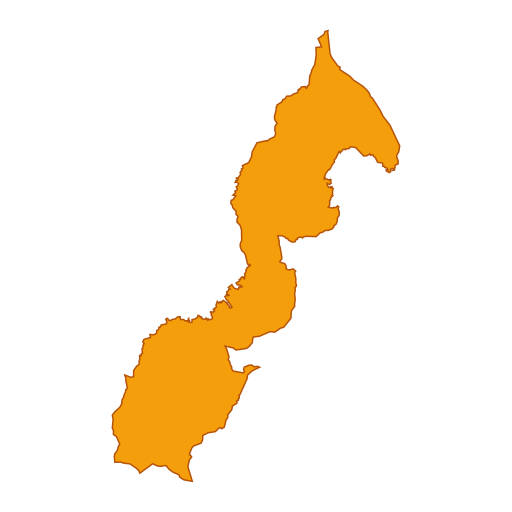 outline of Cisnadie, Sibiu, Romania
{"feature_id": "2599482B29691354354031", "entity_name": "Cisnadie", "entity_type": "district", "adm_level": 2, "iso_a3": "ROU", "parent_name": "Romania", "parent_adm1": "Sibiu", "projection": "orthographic", "projection_center": [24.09, 45.647], "detail": "fine", "context": "isolated", "style": "filled", "palette": "amber", "viewbox_px": 512, "rotation_deg": 0, "n_neighbors": 0, "source": "geoboundaries", "source_scale": "gbopen_adm2", "svg_char_len": 6090}
<svg xmlns="http://www.w3.org/2000/svg" viewBox="0 0 512 512"><path d="M150.5,337.6L145.2,338.9L143.7,339.8L142.8,342.0L144.1,343.6L143.0,345.4L143.0,347.7L142.1,348.7L142.4,353.4L141.1,354.0L141.2,355.7L139.6,355.5L139.8,358.8L139.1,361.3L139.1,364.4L136.6,366.2L133.6,370.7L133.6,376.7L130.7,377.3L124.8,375.0L126.0,378.8L125.8,380.5L127.4,388.1L125.7,389.9L125.5,392.0L124.1,394.8L123.6,397.4L122.0,399.8L121.8,403.5L119.9,407.2L115.0,411.6L112.3,415.1L113.1,419.4L112.3,428.1L113.5,430.5L113.4,434.4L116.4,436.5L119.7,444.0L118.3,446.6L117.4,450.3L114.8,453.8L114.3,456.4L114.8,462.2L121.0,462.1L123.4,463.1L130.1,463.9L136.8,468.6L139.0,471.0L139.8,473.2L152.8,463.7L156.7,465.7L159.9,466.4L165.9,465.5L169.4,469.6L173.1,472.2L179.0,474.8L179.7,477.1L183.8,479.8L192.3,481.3L187.9,466.7L189.3,460.0L191.7,457.0L190.4,455.1L189.7,455.0L189.5,453.7L192.0,447.6L193.8,445.9L201.0,443.2L202.6,440.1L202.8,435.5L208.0,432.8L215.4,431.6L219.5,427.6L221.9,428.7L224.3,427.1L226.2,419.6L227.7,417.8L227.8,414.7L231.7,409.8L232.5,406.0L236.6,403.5L237.0,402.9L236.6,401.0L238.3,400.3L238.1,399.1L239.0,398.6L239.4,396.3L238.8,395.4L240.0,394.5L247.0,378.9L247.6,375.0L252.4,370.7L259.6,367.2L257.5,366.4L254.1,366.7L251.6,365.0L248.7,365.3L244.2,367.2L243.5,369.6L244.5,371.4L243.6,372.9L233.2,371.1L231.6,368.8L231.7,367.0L230.1,364.1L229.7,361.6L228.2,359.5L229.0,356.7L226.7,349.2L225.1,346.1L233.2,347.9L236.0,350.0L246.3,348.5L248.8,346.8L252.2,342.8L253.1,337.1L259.5,336.2L270.2,331.6L274.7,332.2L280.6,328.1L283.7,327.3L290.9,318.3L291.3,311.6L292.0,309.9L294.8,306.2L294.5,305.0L295.2,299.1L294.6,293.5L295.3,290.4L295.0,287.5L296.2,286.5L296.4,284.6L295.8,283.3L295.8,278.3L294.8,273.7L294.9,272.2L295.7,271.1L293.0,268.9L289.2,270.0L287.0,269.3L286.1,268.4L286.1,265.8L284.7,263.6L280.0,262.2L280.0,261.0L281.6,259.3L281.8,257.2L280.1,247.2L279.1,244.7L279.2,241.1L277.8,235.8L281.7,235.7L285.1,237.0L286.0,238.4L287.6,238.5L288.4,240.0L292.1,242.1L295.0,241.8L295.6,240.1L297.4,239.3L297.4,238.1L299.3,237.3L300.8,237.0L302.4,237.9L303.9,236.7L306.7,236.3L316.1,236.6L320.4,232.6L322.4,232.4L325.0,230.5L328.0,230.4L331.7,229.2L333.7,227.3L333.9,225.6L335.8,224.5L337.0,222.0L337.5,217.8L339.0,215.5L339.4,212.8L338.6,211.0L338.9,210.2L338.1,208.9L338.7,206.6L337.6,205.9L335.9,207.5L333.5,207.5L333.1,208.1L328.3,207.3L329.7,204.9L329.6,200.9L330.6,199.5L330.6,198.1L332.6,195.8L331.8,195.9L332.7,193.2L332.4,192.3L333.1,188.5L331.8,187.9L330.5,188.4L331.9,187.4L331.0,187.0L332.5,186.4L328.6,187.4L327.2,184.9L327.2,183.2L329.5,184.5L331.3,183.0L330.2,180.8L331.1,180.0L330.5,179.3L329.1,180.0L324.9,178.3L324.0,180.0L324.8,177.4L324.3,177.2L324.9,176.7L324.9,175.5L326.0,173.1L328.8,169.4L329.6,169.7L333.1,163.4L334.5,162.0L334.2,160.0L335.8,158.3L338.8,152.0L339.5,151.5L340.2,152.8L343.2,149.3L345.5,149.6L345.6,148.9L349.1,148.6L350.0,147.0L352.6,146.9L355.9,147.8L363.7,156.0L367.3,155.6L369.8,153.8L370.6,155.3L372.9,154.7L373.6,156.4L375.1,157.1L377.2,161.6L378.2,162.5L382.2,162.9L383.1,165.4L382.8,166.2L384.0,166.2L384.5,167.3L387.5,168.4L388.1,171.3L387.3,170.9L387.2,169.6L386.3,169.9L387.0,170.5L386.4,170.9L389.2,172.6L390.4,171.9L390.8,170.5L390.4,169.4L392.3,168.3L393.9,169.7L393.2,170.3L394.3,170.1L394.6,169.2L394.1,168.7L395.1,167.6L394.8,166.9L395.8,164.7L397.2,164.3L397.9,163.2L398.0,164.7L398.2,161.2L396.6,156.4L397.2,154.2L398.7,151.9L399.7,145.9L389.9,125.1L383.0,116.2L380.0,110.0L372.4,98.1L370.5,96.7L369.3,93.2L366.5,89.6L362.6,86.1L353.4,80.0L349.8,76.2L340.5,70.1L339.6,68.7L340.2,67.3L337.7,65.8L332.2,58.3L330.1,54.1L327.7,31.9L328.0,30.7L325.1,31.4L324.1,34.3L318.1,38.6L321.6,46.8L315.9,47.5L316.2,54.5L315.3,61.7L314.6,64.9L311.8,70.0L311.0,73.6L309.8,75.6L309.1,84.4L306.9,86.8L307.1,87.7L306.1,88.3L305.2,86.6L301.3,87.0L299.6,89.6L299.0,89.2L298.1,89.8L298.0,91.9L296.8,93.0L294.2,93.7L290.5,96.0L286.6,96.2L284.8,99.1L282.9,99.5L281.9,101.8L277.0,105.0L276.8,106.8L276.2,107.0L276.2,109.4L274.4,117.0L274.8,119.8L277.1,123.4L275.1,126.1L274.8,130.1L275.7,133.4L275.0,135.8L274.0,137.1L269.5,139.1L267.4,141.1L266.4,140.6L257.0,142.8L252.2,151.8L251.6,156.6L248.7,162.6L242.4,165.6L243.1,167.7L242.0,169.3L241.6,169.1L241.8,170.2L240.1,172.4L240.6,174.4L237.8,178.2L235.9,177.7L238.0,179.7L235.9,180.6L235.2,182.4L237.2,182.2L238.6,183.7L237.6,185.8L236.2,186.8L237.2,188.5L236.9,190.2L234.9,191.1L235.7,192.6L232.9,195.1L235.8,195.7L232.8,199.8L231.2,200.3L230.9,203.7L232.2,205.0L232.9,207.8L236.1,211.3L236.0,214.4L238.1,216.2L237.0,219.5L237.0,222.1L240.2,225.4L241.5,229.9L241.7,240.4L240.2,243.8L240.3,246.9L241.7,250.6L243.9,252.3L245.4,254.9L247.6,264.1L248.6,264.9L249.5,264.3L250.3,265.6L247.3,267.5L245.8,270.2L246.2,271.6L244.5,274.2L245.2,275.4L244.4,277.5L244.6,279.4L242.8,276.7L242.2,276.9L240.5,278.2L240.6,279.2L239.3,279.5L239.7,280.8L236.1,283.0L237.1,284.6L240.1,285.1L242.1,286.7L239.6,287.4L239.1,286.8L238.4,289.1L235.7,288.9L233.7,287.6L231.8,284.6L228.4,287.4L230.1,289.1L228.9,289.2L227.6,291.5L226.8,291.6L226.7,293.1L229.0,295.4L228.0,295.8L226.3,294.8L225.6,296.3L224.9,296.5L226.2,299.2L228.2,301.3L232.0,307.2L231.2,307.9L229.7,307.2L229.3,308.4L229.6,307.2L228.9,305.7L226.8,303.6L227.4,303.1L223.2,300.4L222.2,301.9L221.3,301.8L221.0,300.9L221.2,302.5L220.8,303.0L219.8,302.1L218.7,303.0L217.3,301.4L216.0,305.1L216.5,307.1L214.5,308.4L214.8,308.8L213.3,309.3L214.5,311.2L213.5,312.1L210.6,311.8L210.5,312.7L211.7,313.6L211.3,315.4L212.2,316.4L212.5,318.5L209.3,320.0L208.3,318.9L207.5,319.9L206.7,318.0L206.7,318.9L205.9,318.1L205.5,319.0L204.2,319.3L201.7,318.6L201.7,317.2L200.6,316.6L200.2,317.1L198.8,315.4L197.9,315.5L197.4,317.2L195.3,318.9L192.0,319.6L192.2,321.8L190.8,322.6L189.1,321.8L189.6,320.8L188.9,320.2L188.7,317.6L187.8,321.5L187.1,320.7L184.9,320.8L183.7,319.5L180.7,319.5L180.1,318.5L180.1,316.7L177.5,316.9L175.2,319.0L172.5,319.3L170.4,320.7L169.0,320.3L167.7,318.5L166.7,318.3L165.7,319.4L166.7,321.0L166.5,323.8L161.1,325.0L160.6,326.8L158.9,327.2L158.6,329.5L156.7,330.6L156.6,333.2L153.9,334.8L149.9,334.5L150.5,337.6Z" fill="#f59e0b" stroke="#b45309" stroke-width="1.5"/></svg>